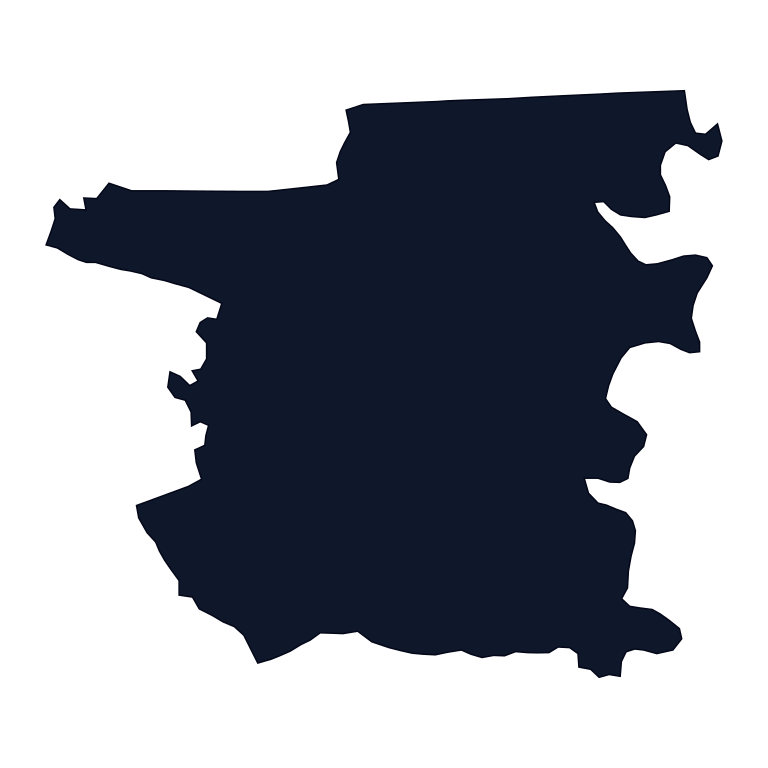 Descanso, Santa Catarina, Brazil
{"feature_id": "56859067B97480516483925", "entity_name": "Descanso", "entity_type": "district", "adm_level": 2, "iso_a3": "BRA", "parent_name": "Brazil", "parent_adm1": "Santa Catarina", "projection": "mercator", "projection_center": [-53.473, -26.861], "detail": "fine", "context": "isolated", "style": "filled", "palette": "ink", "viewbox_px": 768, "rotation_deg": 0, "n_neighbors": 0, "source": "geoboundaries", "source_scale": "gbopen_adm2", "svg_char_len": 2702}
<svg xmlns="http://www.w3.org/2000/svg" viewBox="0 0 768 768"><path d="M46.1,244.9L57.2,247.9L68.3,254.5L78.3,259.7L86.5,262.4L95.6,262.4L109.4,266.4L120.8,269.4L130.6,271.0L141.9,273.6L151.2,277.8L164.1,280.4L175.5,283.8L188.8,287.4L221.8,303.4L216.8,319.3L207.5,317.9L200.2,322.5L196.3,331.7L206.6,342.9L206.6,358.9L200.7,369.2L192.2,370.8L198.1,381.0L189.7,385.6L180.2,376.4L170.0,371.8L167.8,387.2L175.0,397.4L185.2,400.2L191.1,412.0L191.6,425.9L200.2,421.7L208.6,425.3L205.9,435.5L204.8,445.3L194.8,449.9L196.3,462.8L201.6,479.2L188.4,486.4L136.5,505.5L138.7,517.9L147.1,532.7L155.7,542.1L159.4,551.0L164.6,560.2L170.5,568.8L179.1,580.6L179.1,595.1L192.5,597.1L199.3,608.9L211.6,615.1L223.3,622.0L234.3,626.6L243.8,635.2L257.8,663.1L271.4,659.1L279.6,655.8L290.1,651.2L300.9,644.6L310.3,640.0L320.2,632.8L332.5,633.2L342.9,633.6L357.7,631.2L371.8,641.8L389.0,647.6L400.8,650.6L412.2,653.2L423.3,654.2L435.3,654.8L447.7,652.2L461.4,650.0L470.9,654.2L482.0,657.5L493.6,655.4L504.5,655.8L515.6,651.6L527.6,652.6L537.6,652.8L549.0,652.6L558.1,647.0L569.6,647.6L578.0,653.6L578.9,667.1L590.7,669.3L599.1,677.3L609.1,674.5L620.2,676.3L621.4,661.5L626.1,651.8L634.8,649.0L643.6,650.0L656.8,653.6L672.9,650.0L681.7,638.8L679.4,628.6L669.2,620.4L660.4,614.1L652.2,609.5L639.5,607.9L629.7,606.3L621.6,598.7L627.5,587.9L628.4,571.0L631.1,556.0L634.5,543.1L635.4,530.7L632.5,520.9L625.7,512.7L615.9,509.1L606.4,505.1L598.0,503.1L588.5,493.2L584.2,478.2L598.0,478.2L609.6,482.0L619.7,482.4L627.9,478.4L629.7,468.0L634.5,456.1L643.6,446.5L646.6,434.7L637.2,421.7L622.9,413.8L611.4,407.2L605.5,398.6L608.6,385.6L612.9,373.8L621.1,357.9L629.7,347.5L645.0,342.9L658.6,341.5L670.2,343.5L680.8,349.3L689.6,352.7L699.6,351.7L699.6,342.1L695.5,331.3L691.3,318.3L693.1,305.4L697.2,293.0L706.9,277.8L712.4,265.8L706.9,257.7L695.5,255.1L683.5,256.1L672.4,259.7L657.4,263.8L645.9,264.8L638.1,261.1L630.7,253.1L625.6,245.3L620.5,237.1L612.9,227.9L605.0,220.7L597.7,211.9L594.1,202.3L603.7,201.6L611.4,209.3L620.5,214.9L631.3,216.5L644.9,217.5L656.3,214.9L669.2,211.3L669.7,196.8L665.6,185.6L660.4,174.8L660.4,165.2L665.1,151.8L675.8,143.0L687.9,145.6L700.1,154.2L708.7,159.6L718.0,156.0L721.9,141.0L717.5,123.9L705.5,134.3L695.5,133.1L690.3,122.3L687.1,109.5L684.4,90.7L617.9,93.1L600.0,94.1L564.6,95.7L531.5,97.3L508.1,98.7L490.4,99.3L460.9,100.3L446.6,100.9L438.0,101.5L363.3,104.5L346.1,110.1L348.6,121.9L350.4,132.3L344.5,143.0L340.2,151.8L336.6,162.6L338.8,179.4L327.0,185.0L268.3,191.4L237.9,191.4L206.6,191.2L162.7,190.8L140.3,190.8L131.4,190.8L109.0,183.2L96.7,198.6L83.8,198.0L86.0,209.9L70.0,208.9L59.8,199.6L53.9,207.3L55.2,218.7L51.1,231.3L46.1,244.9Z" fill="#0f172a" stroke="#020617" stroke-width="1.5"/></svg>